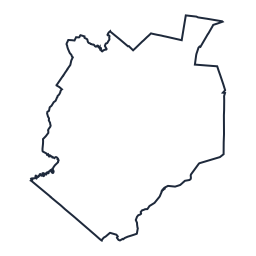 the district of Mālupes pag., Aluksne, Latvia
{"feature_id": "27541924B23418807061987", "entity_name": "Mālupes pag.", "entity_type": "district", "adm_level": 2, "iso_a3": "LVA", "parent_name": "Latvia", "parent_adm1": "Aluksne", "projection": "albers", "projection_center": [27.242, 57.317], "detail": "fine", "context": "isolated", "style": "outline", "palette": "slate", "viewbox_px": 256, "rotation_deg": 0, "n_neighbors": 0, "source": "geoboundaries", "source_scale": "gbopen_adm2", "svg_char_len": 5367}
<svg xmlns="http://www.w3.org/2000/svg" viewBox="0 0 256 256"><path d="M185.8,15.4L184.5,23.2L181.7,40.2L165.9,36.6L163.9,36.2L161.0,35.5L157.2,34.8L152.1,33.7L151.0,33.4L148.7,35.6L146.9,37.2L143.6,40.4L142.9,41.0L142.4,41.4L135.5,48.1L133.1,50.3L128.8,46.1L128.0,46.3L120.1,39.6L110.3,31.6L110.2,31.2L108.8,32.4L108.2,33.3L107.5,34.8L107.6,35.1L107.8,35.3L108.4,35.2L108.9,35.4L109.3,35.7L109.4,35.9L109.5,36.3L109.2,37.5L109.4,38.8L109.4,39.5L109.2,39.9L108.7,40.5L107.6,42.5L107.2,43.1L106.3,43.4L105.8,43.6L105.6,44.0L105.4,44.3L105.1,45.3L104.9,45.7L104.9,46.0L106.4,48.6L106.6,49.0L106.4,49.4L106.1,49.6L104.9,49.7L104.3,49.9L103.0,50.7L102.5,51.2L102.3,51.0L101.8,51.1L101.7,50.7L101.4,50.7L101.2,50.4L101.2,49.9L101.0,49.7L100.3,49.8L100.2,49.7L100.2,49.0L100.1,48.6L100.4,48.6L100.9,48.6L101.0,48.4L101.0,48.2L100.7,48.0L100.4,48.0L100.2,48.0L99.9,48.3L99.7,48.3L99.6,48.2L99.7,47.5L99.7,47.4L99.5,47.7L99.3,47.8L98.7,47.4L98.5,46.9L98.3,46.6L98.4,46.1L97.8,45.6L97.6,45.6L97.5,45.9L97.3,46.0L97.0,45.9L96.9,46.0L96.8,46.3L96.7,46.5L95.9,46.6L95.6,46.6L94.8,46.0L94.2,45.1L93.6,44.6L92.2,44.5L91.3,44.0L90.7,44.0L90.1,43.4L88.9,43.0L88.2,42.4L88.0,42.0L87.7,41.3L87.4,39.8L87.2,39.3L86.2,38.7L84.6,37.9L84.4,37.3L84.5,36.4L80.5,35.2L80.2,35.4L79.6,36.8L79.2,37.3L78.3,37.4L76.1,37.2L74.5,40.5L71.9,40.2L68.3,40.0L66.7,43.4L66.6,43.7L66.6,44.6L67.1,45.4L67.3,46.8L67.9,48.7L69.5,52.4L69.9,53.2L71.3,54.7L72.1,56.8L72.8,57.3L71.3,60.5L70.3,65.0L67.4,69.1L67.5,69.2L64.8,73.1L63.3,75.6L63.2,75.5L56.9,84.7L56.9,85.0L56.5,85.2L56.5,85.4L59.4,87.1L61.9,89.3L61.6,89.5L60.5,91.1L60.2,92.6L59.7,93.4L59.4,94.1L58.9,94.8L57.9,95.7L57.5,96.2L57.4,97.1L56.9,97.7L56.1,99.7L55.5,100.9L53.7,102.2L51.5,105.8L49.9,107.1L49.7,107.4L49.1,110.3L49.0,110.8L47.4,111.8L47.1,113.5L47.7,115.5L48.0,116.7L48.4,117.2L49.0,118.4L49.0,118.7L48.8,120.3L50.1,122.9L50.2,124.0L50.6,125.4L50.6,125.7L50.3,126.7L48.7,128.9L48.1,130.1L48.1,130.5L48.3,130.8L48.3,132.9L45.9,136.1L43.0,139.1L43.1,141.1L43.0,143.7L42.5,148.8L42.5,150.5L42.7,151.4L42.8,151.5L46.5,153.5L47.0,154.7L47.9,154.3L47.9,154.5L48.0,155.2L48.1,155.3L48.6,155.3L48.8,155.1L49.5,155.2L49.5,155.3L49.3,155.7L48.9,155.9L48.9,156.2L49.1,156.5L49.4,156.5L49.8,156.3L50.1,156.1L50.4,155.7L50.6,155.8L50.9,156.0L50.9,156.3L51.1,156.5L52.4,156.8L52.5,157.1L52.4,157.1L52.3,157.3L52.4,157.5L53.1,157.6L53.5,157.5L54.4,158.1L55.0,157.5L55.7,157.1L56.4,157.2L57.0,157.6L57.9,158.6L58.0,158.8L57.6,159.3L57.9,159.6L58.3,159.6L58.5,160.0L58.6,160.3L58.5,160.7L58.4,160.9L58.0,161.5L58.1,162.0L58.0,162.3L55.8,164.4L54.8,165.4L53.4,167.4L53.2,167.9L53.0,168.3L52.5,168.6L52.4,168.8L52.4,169.1L52.6,169.5L53.1,170.0L53.6,171.2L53.6,171.6L53.4,172.4L53.2,172.8L52.8,173.0L52.6,172.9L52.1,172.6L51.8,172.4L51.6,172.1L51.6,171.9L52.1,171.6L52.1,171.4L51.9,171.1L51.7,170.8L51.8,169.9L51.5,169.7L51.3,169.7L50.5,170.1L49.7,171.2L49.3,171.5L49.0,171.7L48.6,171.6L48.3,171.9L48.2,172.2L48.3,172.5L48.6,172.8L48.6,173.0L48.4,173.2L48.1,173.1L48.0,172.9L47.6,172.5L47.2,172.4L46.8,172.5L46.4,172.9L46.2,173.2L46.2,173.4L46.5,174.0L46.3,174.5L46.1,174.6L45.8,174.4L45.0,174.0L44.6,173.6L44.1,173.6L43.7,173.5L43.5,173.3L43.2,173.1L42.5,173.3L42.4,173.5L42.5,173.7L42.9,174.0L43.0,174.1L43.0,174.7L43.0,174.9L42.9,175.0L43.1,175.4L43.4,175.6L43.8,175.4L44.0,175.4L44.1,175.7L43.9,175.9L43.6,176.1L42.8,175.7L42.3,175.6L41.7,175.7L41.2,175.3L40.2,174.1L39.7,174.3L39.6,174.5L39.7,175.4L39.6,175.7L39.5,175.8L39.0,175.9L38.6,175.9L38.6,176.3L38.5,176.6L38.3,176.9L37.5,177.0L37.3,176.8L36.9,176.8L36.6,176.6L36.3,176.0L36.0,175.7L35.7,175.7L35.6,175.9L35.5,176.1L35.6,176.3L35.5,176.6L35.7,177.4L36.6,178.0L36.6,178.4L36.4,178.5L35.8,177.8L35.6,177.7L35.4,177.7L34.7,178.2L34.4,178.3L33.1,178.3L31.3,178.5L31.1,178.7L31.0,178.8L31.1,179.0L31.3,179.2L32.2,179.2L32.4,179.4L32.4,179.7L32.1,180.0L31.1,180.4L30.9,180.6L31.3,180.8L50.7,196.9L50.6,197.0L54.7,200.4L60.8,205.4L65.0,209.2L73.4,216.2L95.4,235.2L99.8,239.1L101.7,240.6L101.8,240.6L101.8,240.1L102.0,239.7L103.8,237.6L105.7,236.5L109.9,232.9L110.3,232.9L116.4,234.7L117.7,236.3L117.8,236.5L116.9,237.6L117.0,237.9L118.5,239.9L119.8,240.4L120.1,240.4L122.6,238.9L122.9,238.9L123.2,239.2L123.4,239.1L124.7,238.0L127.7,236.7L131.9,235.4L136.7,233.8L136.9,233.4L137.8,228.2L137.5,227.6L137.1,224.8L137.0,222.8L135.8,220.0L137.0,216.8L138.3,215.2L140.2,214.5L140.9,214.0L141.1,213.6L140.7,212.0L142.1,210.3L143.7,209.9L144.0,209.7L145.1,209.2L147.3,209.1L147.6,208.8L149.5,206.0L154.5,202.9L159.7,196.5L161.8,191.5L161.6,191.2L162.0,190.6L162.3,190.1L162.7,190.3L163.0,190.1L163.0,189.7L163.2,189.1L163.4,189.1L163.6,188.7L164.0,188.8L164.2,189.0L164.3,188.9L164.4,188.7L164.7,188.7L164.8,188.4L164.7,188.2L164.8,187.8L164.7,187.6L166.0,186.9L168.0,185.9L175.1,186.6L178.3,185.6L180.3,184.9L184.9,180.8L189.4,180.0L190.3,179.4L190.7,178.9L190.9,177.9L190.7,175.5L190.8,175.0L191.0,174.4L198.9,163.6L199.5,163.2L219.9,157.1L223.6,154.2L223.7,142.3L224.0,134.1L223.9,115.3L224.1,110.3L224.2,100.4L224.1,96.0L225.0,93.0L222.9,92.7L225.1,90.3L225.1,90.0L225.0,89.8L223.3,84.3L220.8,76.9L220.4,75.7L218.6,70.6L217.2,66.3L194.9,64.6L196.2,54.9L196.3,54.7L196.4,54.0L198.5,47.7L199.6,46.5L200.4,46.9L206.4,36.6L207.9,34.0L208.1,33.9L208.7,32.9L212.6,26.1L213.2,24.9L217.5,23.5L222.6,21.7L222.2,21.3L207.3,18.8L198.1,17.4L196.4,16.6L185.8,15.4Z" fill="none" stroke="#1e293b" stroke-width="2"/></svg>